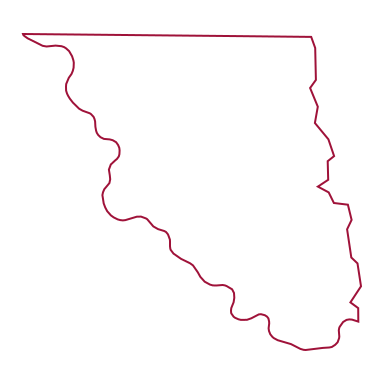 Holt, Missouri, United States of America (Equal Earth projection)
{"feature_id": "52423323B48032696511614", "entity_name": "Holt", "entity_type": "district", "adm_level": 2, "iso_a3": "USA", "parent_name": "United States of America", "parent_adm1": "Missouri", "projection": "equal_earth", "projection_center": [-95.272, 40.063], "detail": "fine", "context": "isolated", "style": "outline", "palette": "rose", "viewbox_px": 384, "rotation_deg": 0, "n_neighbors": 0, "source": "geoboundaries", "source_scale": "gbopen_adm2", "svg_char_len": 2016}
<svg xmlns="http://www.w3.org/2000/svg" viewBox="0 0 384 384"><path d="M24.4,36.0L27.6,38.3L42.6,45.8L46.5,46.5L55.6,45.6L61.5,46.2L64.1,47.1L66.0,48.3L69.1,51.1L72.1,56.3L73.4,60.4L73.8,62.7L73.6,67.7L72.8,70.9L71.5,74.0L68.8,77.8L66.2,84.0L66.0,86.6L66.1,90.6L67.0,93.5L68.1,95.8L69.8,98.6L72.9,102.6L79.1,108.7L82.6,110.7L89.8,113.3L91.0,114.1L93.6,116.9L94.5,119.0L95.1,121.4L95.4,126.8L96.1,130.7L96.8,132.8L98.2,135.0L100.5,137.2L103.9,138.9L109.7,139.4L112.7,140.2L116.1,142.2L118.1,145.0L119.3,147.9L119.6,150.5L119.4,154.2L118.8,156.4L117.0,158.9L115.2,160.4L110.8,164.5L108.9,169.6L109.8,175.3L110.2,179.3L109.4,183.1L106.5,186.6L104.3,189.2L103.0,192.3L102.4,195.1L103.7,203.4L105.2,207.4L107.2,211.2L110.9,215.4L113.7,217.4L117.7,219.4L120.3,220.1L122.9,220.4L125.4,220.1L136.8,216.7L141.0,216.6L145.9,218.4L147.2,219.2L153.3,226.4L158.0,229.1L164.2,231.0L165.9,231.9L167.7,234.0L168.3,235.2L169.9,239.6L170.0,241.4L170.0,246.3L170.3,248.7L170.7,249.9L173.5,253.6L181.1,258.9L190.1,263.3L193.0,265.4L197.8,272.3L200.3,276.8L204.7,281.7L210.0,284.6L212.8,285.4L216.2,285.5L222.7,285.0L224.9,285.4L226.5,286.0L232.1,289.3L234.0,293.0L234.3,297.8L233.6,302.3L231.3,308.0L231.0,310.4L231.1,312.4L231.3,313.4L233.6,316.7L235.1,317.8L238.5,319.3L241.0,319.9L247.0,319.8L251.3,318.3L258.8,314.4L261.0,314.2L264.8,315.2L267.0,316.6L268.4,318.4L269.1,321.5L269.2,323.5L268.6,328.3L269.0,331.0L270.3,334.3L272.4,336.9L273.8,338.1L277.7,340.2L291.0,344.1L300.4,348.9L303.5,349.8L305.6,350.0L322.9,347.9L329.2,347.5L331.8,347.0L335.2,344.8L337.6,342.3L339.1,338.2L339.3,336.5L338.8,330.3L339.2,328.0L339.7,326.8L343.1,322.0L346.5,319.9L349.3,319.4L352.0,319.6L358.3,321.6L358.2,308.1L350.4,302.4L361.0,286.3L357.5,263.4L351.3,257.5L347.1,229.3L351.6,219.9L347.9,204.7L333.9,203.0L328.7,192.4L317.9,186.6L328.2,179.8L327.7,161.2L334.1,156.1L328.4,139.3L314.9,123.0L317.8,106.7L310.1,88.0L315.9,79.9L315.2,48.0L311.2,36.9L246.2,36.2L23.0,34.0L23.3,34.9L24.4,36.0Z" fill="none" stroke="#9f1239" stroke-width="2"/></svg>